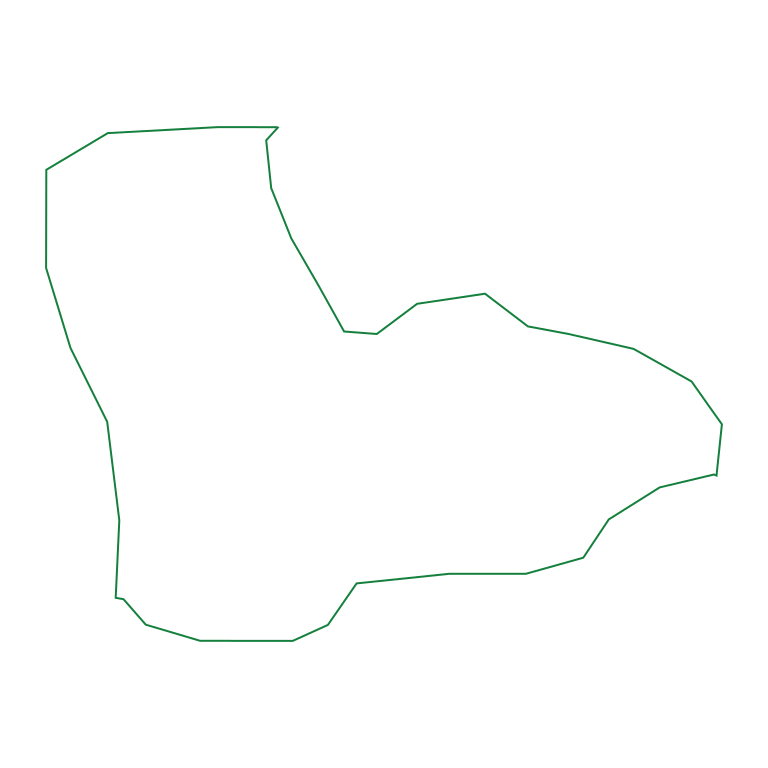 outline of Mölndal, Västra Götaland, Sweden
{"feature_id": "70781695B68601782286735", "entity_name": "Mölndal", "entity_type": "district", "adm_level": 2, "iso_a3": "SWE", "parent_name": "Sweden", "parent_adm1": "Västra Götaland", "projection": "orthographic", "projection_center": [12.149, 57.629], "detail": "fine", "context": "isolated", "style": "outline", "palette": "green", "viewbox_px": 768, "rotation_deg": 0, "n_neighbors": 0, "source": "geoboundaries", "source_scale": "gbopen_adm2", "svg_char_len": 580}
<svg xmlns="http://www.w3.org/2000/svg" viewBox="0 0 768 768"><path d="M716.5,475.6L721.9,424.3L708.4,405.3L691.6,381.5L633.6,348.9L568.1,333.9L527.9,326.4L485.0,293.7L417.1,303.8L376.8,334.0L344.1,331.5L318.9,286.2L291.3,238.4L271.2,188.1L266.2,140.3L277.8,127.6L277.1,127.2L218.2,127.1L107.8,133.1L46.3,169.8L46.1,268.0L70.5,348.0L107.2,421.8L119.3,520.3L115.7,597.8L123.5,599.2L145.8,624.7L200.1,640.8L292.7,640.9L327.9,624.9L356.6,583.4L449.2,573.8L525.8,573.8L583.3,557.7L608.8,519.4L659.7,487.4L714.0,474.5L716.5,475.6Z" fill="none" stroke="#15803d" stroke-width="2"/></svg>